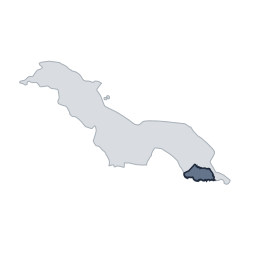 Chikwawa, Chikwawa, Malawi (highlighted), rotated 310°
{"feature_id": "42251766B28594103932184", "entity_name": "Chikwawa", "entity_type": "district", "adm_level": 2, "iso_a3": "MWI", "parent_name": "Malawi", "parent_adm1": "Chikwawa", "projection": "robinson", "projection_center": [34.783, -16.215], "detail": "fine", "context": "in_parent", "style": "filled", "palette": "slate", "viewbox_px": 256, "rotation_deg": 310, "n_neighbors": 0, "source": "geoboundaries", "source_scale": "gbopen_adm2", "svg_char_len": 6754}
<svg xmlns="http://www.w3.org/2000/svg" viewBox="0 0 256 256"><g transform="rotate(310 128 128)"><path d="M100.5,149.8L99.1,147.7L98.0,148.3L96.4,149.7L95.6,150.1L95.2,150.1L94.9,149.7L94.5,148.8L93.3,146.1L92.0,144.1L90.5,143.4L89.4,142.5L89.9,141.6L90.4,141.0L90.2,140.4L89.5,139.5L87.0,138.1L86.9,137.5L89.2,136.4L90.6,135.0L91.6,133.6L92.8,130.7L93.8,127.8L94.5,126.9L94.8,125.0L94.6,122.8L95.1,120.0L95.3,117.4L94.6,116.4L93.9,114.6L94.7,111.7L95.8,109.6L101.5,107.4L105.4,105.5L106.3,104.6L107.6,103.0L108.4,101.4L107.8,100.9L104.7,100.8L104.0,100.2L101.7,94.5L102.9,88.0L103.1,85.4L103.0,82.2L102.6,79.9L101.6,78.9L101.0,77.7L101.2,74.3L102.1,73.9L104.1,69.4L104.9,66.7L103.9,64.6L102.7,61.6L102.2,59.7L101.9,59.0L102.7,57.8L104.0,56.7L105.5,56.4L107.1,55.8L112.1,50.2L112.1,49.1L111.2,47.2L109.4,44.4L108.9,43.3L108.7,39.9L108.0,38.8L105.2,36.5L103.1,34.1L103.8,31.7L104.1,29.0L103.1,27.5L101.6,26.0L100.6,23.8L100.2,22.1L98.9,21.5L97.8,21.5L97.0,22.5L96.1,22.4L95.1,22.0L94.7,20.6L94.6,19.1L93.9,18.0L93.2,16.5L93.1,15.8L93.5,15.5L94.5,15.4L98.5,18.3L100.9,18.5L103.6,19.0L105.9,21.6L107.1,22.0L108.7,21.6L113.0,21.3L114.8,21.7L117.0,23.2L117.9,23.4L119.3,23.5L119.6,23.1L119.7,22.2L119.5,20.4L119.8,19.4L120.6,18.3L123.0,19.6L129.0,25.2L129.2,25.9L132.9,31.5L134.2,33.9L134.2,35.1L135.4,40.0L135.6,42.3L135.3,44.1L135.4,45.5L135.9,47.5L135.7,48.3L137.1,51.2L137.7,53.7L137.8,56.1L137.5,58.4L136.3,61.8L136.1,63.2L136.3,64.5L137.1,65.8L138.4,67.3L139.4,69.1L140.0,71.1L140.6,72.1L141.3,72.1L142.5,72.4L143.6,73.6L144.7,75.6L145.1,78.0L145.3,79.0L141.9,78.9L137.6,79.3L136.6,80.2L136.3,82.2L135.0,86.4L134.2,87.9L132.6,90.8L130.4,94.7L129.9,96.0L130.0,97.4L131.3,102.8L132.7,108.4L133.1,110.6L134.1,118.2L134.7,123.5L134.8,126.6L135.2,130.8L136.4,133.1L137.7,134.5L142.5,135.4L144.0,136.4L146.7,139.1L152.6,146.4L155.9,151.2L158.8,155.3L163.9,163.0L167.9,169.0L168.4,174.6L169.1,175.4L167.7,179.6L166.8,186.3L167.4,190.8L167.2,198.4L166.4,206.5L165.5,209.4L164.3,210.5L161.5,211.3L155.4,212.3L154.5,213.3L153.7,214.9L152.5,218.6L151.0,222.4L150.6,224.0L150.8,224.4L152.1,226.3L153.4,231.2L153.7,239.6L153.2,240.2L151.4,240.6L149.5,240.5L148.7,240.0L147.9,239.1L147.4,237.3L148.7,236.0L149.2,233.8L148.3,231.9L146.7,231.5L144.6,229.8L140.2,224.2L136.5,220.2L134.3,217.0L132.1,215.7L131.5,214.9L131.0,213.5L130.9,211.5L131.1,210.0L130.5,208.4L128.2,205.8L127.2,204.4L127.2,202.7L128.1,201.1L130.0,199.1L131.4,195.1L132.0,192.4L134.6,187.2L135.0,182.7L135.1,179.0L134.9,176.3L134.2,170.7L133.7,166.9L130.4,161.8L129.3,161.3L126.2,161.8L123.5,162.5L122.1,163.6L120.1,163.6L114.8,164.5L113.1,164.9L112.2,165.8L111.6,166.0L108.3,162.1L105.3,157.9L101.6,150.7L100.5,149.8ZM139.2,94.5L138.3,94.7L137.7,94.2L137.9,92.6L138.2,91.5L139.1,91.3L139.7,91.6L140.1,92.1L140.1,93.0L139.9,93.8L139.2,94.5ZM137.2,91.6L136.7,93.2L135.6,93.2L134.6,91.8L135.0,90.7L135.9,90.4L136.7,90.8L137.2,91.6Z" fill="#d9dde1" stroke="#a8b0b8" stroke-width="1"/><path d="M141.0,202.4L134.2,202.1L131.8,200.9L131.1,200.7L129.9,200.1L129.5,200.1L129.4,200.1L129.2,200.2L129.1,200.3L128.9,200.4L128.8,200.5L128.7,200.5L128.5,200.9L128.3,201.1L128.2,201.4L128.0,201.5L127.8,201.6L127.8,201.9L127.8,202.1L127.7,202.3L127.4,202.4L127.4,202.6L127.3,202.9L127.2,203.0L127.3,203.2L127.3,203.3L127.5,203.4L127.4,203.6L127.5,203.8L127.4,203.8L127.3,204.0L127.5,204.2L127.6,204.3L127.4,204.4L127.3,204.6L127.5,204.8L127.4,205.1L127.5,205.2L127.8,205.2L127.9,205.4L127.9,205.5L128.0,205.4L128.0,205.6L128.3,205.6L128.5,205.5L129.0,205.9L129.2,206.0L129.1,206.3L129.7,206.5L129.9,206.6L130.0,206.8L130.1,207.0L130.2,207.3L130.4,207.6L130.4,207.9L130.5,208.0L130.8,208.3L131.0,208.4L131.2,208.5L131.4,208.6L131.7,208.8L131.7,209.0L131.9,209.3L132.0,209.4L132.0,209.5L131.9,209.6L131.7,209.8L131.7,210.0L131.3,210.5L131.0,210.9L131.0,211.3L130.9,211.4L130.8,211.6L130.9,212.0L131.1,212.2L131.1,212.3L131.2,212.5L131.0,212.8L130.9,213.0L131.1,213.1L131.1,213.3L131.2,213.6L131.3,213.7L131.2,213.9L131.3,214.0L131.4,213.9L131.5,213.9L131.5,214.5L131.6,214.8L131.7,215.0L131.8,215.2L131.9,215.3L132.0,215.3L132.2,215.5L132.4,215.6L132.4,215.8L132.6,215.8L132.9,215.8L133.0,215.7L133.1,216.0L133.3,215.9L133.3,216.1L133.5,216.2L133.8,216.1L134.0,216.0L134.1,215.8L134.2,215.7L134.4,216.0L134.5,216.1L134.7,216.4L134.7,216.5L134.9,216.5L135.0,216.6L135.4,216.7L135.4,216.8L135.5,217.0L135.4,217.5L135.5,217.7L135.6,217.8L135.8,218.1L135.9,218.3L135.8,218.6L135.8,218.8L135.8,219.0L135.9,219.3L135.9,219.5L136.0,219.6L136.2,219.8L136.3,219.8L136.5,219.9L136.6,220.0L136.7,219.9L136.8,220.0L137.0,220.2L137.0,220.4L137.3,220.3L137.3,220.6L137.5,220.8L137.5,220.7L137.8,220.5L137.9,220.4L138.1,220.4L138.1,220.6L138.2,220.8L138.2,221.0L138.3,221.1L138.3,221.3L138.2,221.6L138.3,221.7L138.2,221.8L138.3,221.9L138.3,222.1L138.2,222.2L138.3,222.2L138.5,222.3L138.8,222.2L139.0,222.1L139.3,222.1L139.5,222.2L139.6,222.3L139.8,222.4L140.0,222.5L140.1,222.8L140.4,223.3L140.6,223.4L140.7,223.6L140.7,223.8L140.7,224.0L140.7,224.3L140.5,224.5L140.8,224.6L141.1,224.7L141.3,224.9L141.6,225.0L141.8,225.1L141.9,225.3L142.0,225.2L142.3,225.2L142.3,225.4L142.4,225.6L142.5,225.6L142.5,225.9L142.6,226.0L142.6,226.7L142.7,226.8L142.7,227.1L142.8,227.3L143.0,227.4L143.3,227.6L143.5,227.6L143.9,227.7L144.0,227.8L144.0,227.7L143.9,227.5L143.9,227.4L144.0,227.2L144.1,226.9L144.2,226.7L144.3,226.5L144.5,226.4L144.6,226.1L144.8,226.1L145.0,226.0L145.3,225.9L145.5,225.7L145.7,225.4L145.7,225.2L145.7,224.9L145.6,224.7L145.7,224.2L146.0,223.9L146.1,224.0L146.1,223.9L146.4,223.6L146.5,223.6L146.4,223.4L146.6,223.3L146.6,223.1L146.8,223.0L146.9,222.9L146.9,223.0L147.0,223.0L147.1,222.8L147.0,222.7L147.3,222.5L147.5,222.4L147.6,222.2L147.8,221.6L147.8,221.2L148.1,220.4L148.3,219.6L148.4,218.9L148.5,218.8L148.6,218.3L148.7,217.8L148.8,217.7L148.7,217.5L148.8,217.4L148.9,217.1L149.2,216.7L148.9,216.4L149.0,216.4L148.9,216.2L148.9,215.9L148.8,215.7L148.5,215.5L148.4,215.4L148.2,215.2L147.8,215.0L147.6,214.9L147.6,214.7L147.4,214.4L147.2,214.0L147.1,213.9L147.1,213.7L146.9,213.5L146.8,213.4L146.9,213.0L146.9,212.9L146.1,211.9L145.3,211.4L145.1,211.0L145.0,210.8L144.9,210.6L144.7,210.2L144.4,210.0L144.5,210.0L144.6,209.9L144.6,209.7L144.4,209.6L144.2,209.3L144.2,209.2L144.1,208.9L144.1,208.6L143.9,208.4L143.9,208.0L143.7,207.9L143.5,208.1L143.5,207.8L143.4,207.7L143.4,207.4L143.5,207.3L143.6,207.2L143.6,206.9L143.5,206.7L143.4,206.6L143.1,206.5L142.8,206.6L142.7,206.7L142.5,206.8L142.4,206.6L142.4,206.4L142.6,206.2L142.7,205.8L142.9,205.5L142.9,205.3L143.0,205.2L142.9,205.2L142.8,204.9L142.7,204.9L142.6,204.7L142.8,204.6L143.0,204.0L143.2,203.7L143.3,203.5L143.3,203.4L143.2,203.3L143.2,203.1L143.2,202.9L143.1,202.7L142.9,202.4L141.0,202.4Z" fill="#64748b" stroke="#1e293b" stroke-width="1.5"/></g></svg>